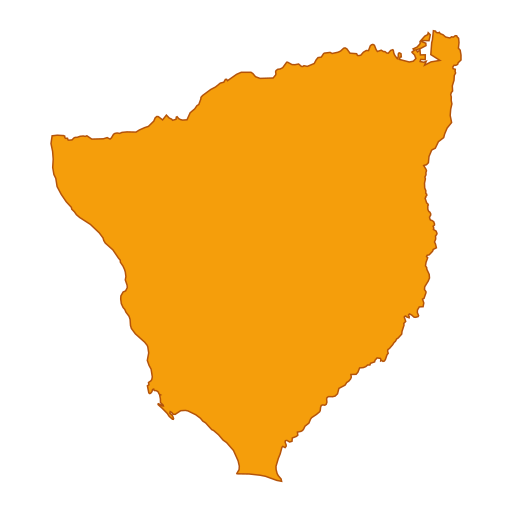 Ampanihy Ouest, Atsimo-Andrefana, Madagascar
{"feature_id": "10022922B9355726550011", "entity_name": "Ampanihy Ouest", "entity_type": "district", "adm_level": 2, "iso_a3": "MDG", "parent_name": "Madagascar", "parent_adm1": "Atsimo-Andrefana", "projection": "natural_earth1", "projection_center": [44.601, -24.59], "detail": "fine", "context": "isolated", "style": "filled", "palette": "amber", "viewbox_px": 512, "rotation_deg": 0, "n_neighbors": 0, "source": "geoboundaries", "source_scale": "gbopen_adm2", "svg_char_len": 5942}
<svg xmlns="http://www.w3.org/2000/svg" viewBox="0 0 512 512"><path d="M144.7,127.6L139.3,130.0L136.0,132.1L127.0,131.9L121.9,132.4L119.8,133.4L117.1,133.0L114.9,133.4L113.5,134.3L111.4,137.9L110.0,139.1L107.2,137.6L103.3,138.8L91.8,139.1L86.9,135.8L85.2,136.4L83.3,136.0L80.1,136.3L77.3,137.3L75.2,137.4L74.1,137.8L72.0,139.9L68.6,140.2L68.0,139.9L67.5,138.3L65.4,138.3L64.7,137.3L64.8,136.2L63.7,135.6L57.3,135.2L52.1,135.8L51.0,143.6L52.6,151.4L53.2,159.3L52.7,167.4L53.9,174.5L55.8,178.4L57.1,186.6L61.2,194.3L66.2,201.7L71.4,207.4L71.7,209.1L74.5,211.9L76.4,214.7L79.7,217.5L90.4,224.4L99.3,232.9L103.0,237.9L103.8,240.6L105.3,243.1L112.9,249.9L118.6,258.3L120.2,260.1L120.4,262.3L123.0,266.1L124.5,269.4L125.3,272.0L125.9,276.5L125.3,279.9L127.1,285.2L127.3,287.6L125.6,290.9L123.1,292.0L120.9,295.9L120.7,299.0L121.3,303.6L123.1,307.5L124.8,309.5L125.9,312.1L129.1,316.4L130.1,319.5L130.5,325.5L131.4,328.5L135.4,333.9L144.7,342.2L147.2,345.4L147.8,346.9L148.7,352.9L147.3,360.4L149.0,365.3L151.1,369.2L152.3,376.8L151.8,379.5L150.8,380.9L148.5,382.5L148.9,384.8L147.4,385.8L148.8,392.9L149.8,393.6L150.8,393.1L151.9,391.7L152.6,389.5L153.7,389.1L154.0,390.2L154.6,390.6L156.2,390.6L158.0,391.7L159.2,394.1L160.6,394.9L159.7,395.3L160.4,398.9L160.5,402.5L163.2,405.2L163.4,406.0L162.4,405.9L158.6,403.7L158.1,403.9L158.1,404.6L162.1,408.2L167.3,413.5L169.2,416.4L172.4,419.2L173.3,419.3L173.6,418.6L172.5,415.7L169.8,413.2L170.2,411.6L171.8,412.5L173.2,414.2L175.1,414.4L180.7,410.7L185.4,410.4L187.9,410.9L195.7,414.7L200.4,418.2L202.8,421.1L205.6,422.9L211.7,429.6L213.6,430.5L218.6,434.8L223.0,440.0L226.6,442.6L233.5,450.5L238.1,460.8L239.3,466.1L239.1,469.6L236.8,473.5L237.0,473.8L249.2,474.0L260.0,475.2L265.5,476.3L276.8,480.4L281.6,481.3L281.1,479.0L278.3,475.7L277.1,473.5L276.1,469.5L276.0,466.3L278.3,458.5L280.2,453.8L281.9,447.4L282.8,446.4L285.1,447.6L286.1,446.3L286.2,445.1L285.1,442.1L285.4,440.7L286.9,440.4L289.6,442.0L292.0,441.3L292.3,438.0L296.4,436.4L297.8,435.2L297.4,432.1L300.9,431.4L302.5,430.5L303.5,429.3L305.0,426.2L308.9,423.1L310.6,419.0L311.7,417.6L316.5,414.4L319.6,411.8L320.2,410.6L320.6,407.3L321.3,405.4L322.8,404.9L324.8,405.2L326.2,404.3L326.9,402.2L326.6,399.0L327.0,397.6L328.5,396.6L332.6,396.7L335.1,396.1L337.5,393.8L338.9,388.4L345.1,385.1L346.7,382.5L348.8,381.1L350.6,378.9L351.3,377.1L350.9,374.5L356.1,374.3L357.9,372.2L359.6,367.9L363.3,367.6L365.8,366.6L367.6,365.0L369.9,365.0L370.5,363.3L374.6,361.9L375.0,360.3L377.1,357.9L380.4,358.4L380.8,359.3L380.7,360.9L381.6,360.5L383.0,361.4L384.4,361.0L385.4,359.5L387.0,354.8L388.2,353.3L387.6,351.1L387.9,349.6L389.5,348.4L392.7,344.7L394.0,342.6L395.5,341.2L396.6,339.0L398.2,338.0L401.7,334.1L402.0,331.4L404.0,325.2L403.8,323.4L405.7,321.4L404.3,317.2L404.5,316.5L405.7,316.0L406.8,317.0L409.1,317.8L409.3,316.8L408.5,314.9L409.5,313.9L411.6,315.0L414.1,317.2L415.8,317.3L418.1,316.6L418.6,315.7L417.3,312.4L417.5,309.9L419.3,306.9L423.1,306.7L423.8,303.0L422.5,299.1L424.0,298.4L426.0,292.7L425.9,291.5L424.5,289.6L424.7,286.8L428.2,281.1L429.5,278.0L429.2,274.4L426.8,269.2L426.7,267.6L425.5,265.9L426.0,262.4L427.7,257.7L426.5,256.6L427.1,255.3L429.2,254.8L431.9,252.0L432.9,250.7L433.1,249.5L436.4,247.8L435.5,244.0L434.5,242.0L435.7,239.0L435.5,236.0L436.7,234.5L437.0,233.4L436.1,231.1L433.4,229.4L433.8,228.1L433.1,226.2L434.5,225.0L434.5,223.9L433.7,221.7L431.8,220.4L430.5,220.1L429.8,218.7L429.5,217.1L430.7,215.1L430.7,213.8L429.8,212.1L428.8,211.5L427.8,209.3L427.8,205.7L428.3,205.0L427.7,203.7L426.7,203.0L425.1,198.2L425.8,197.4L425.7,196.5L426.8,195.5L426.7,194.2L425.8,193.5L425.8,190.6L424.7,188.0L424.5,183.2L425.4,178.9L424.9,177.0L426.0,174.8L425.9,172.5L426.5,170.8L426.0,169.3L423.7,165.5L426.5,164.7L428.4,162.7L429.0,156.5L431.5,150.5L432.1,149.8L435.3,148.2L438.4,141.7L443.7,137.6L444.6,134.1L447.1,128.1L451.6,122.5L450.2,115.5L450.7,109.1L451.9,103.9L451.2,100.4L451.3,96.9L450.7,94.7L451.3,92.6L452.6,91.0L452.3,85.9L454.0,80.3L454.3,75.4L455.6,73.0L455.1,71.3L455.3,69.3L453.1,68.7L452.8,67.0L454.0,65.3L455.8,65.3L457.6,64.4L458.2,62.7L461.0,60.0L461.0,55.1L460.2,50.2L458.4,48.2L459.0,42.6L458.6,38.3L457.2,36.9L456.7,35.8L455.2,35.7L453.4,37.1L451.6,36.8L449.8,38.0L445.6,37.0L443.1,34.8L440.2,33.6L439.3,32.3L438.5,32.8L437.0,32.7L435.7,31.8L435.5,31.1L433.4,30.7L432.4,40.0L431.7,42.7L430.8,54.6L439.9,60.4L431.0,61.9L424.6,65.2L426.2,61.3L423.9,62.3L420.1,61.5L420.7,59.4L425.2,59.6L425.3,54.8L420.4,54.9L420.0,50.0L417.5,51.9L416.1,49.8L420.7,48.4L426.0,45.6L425.8,43.2L421.7,41.6L421.4,41.0L421.9,40.5L429.0,40.7L430.3,34.8L428.2,32.7L427.7,34.6L424.8,36.1L420.0,41.5L420.2,43.2L419.7,44.2L417.0,47.1L413.1,48.9L414.4,50.3L412.1,51.8L412.0,52.4L414.5,54.9L415.9,58.5L413.3,61.2L409.3,62.0L399.3,59.4L400.3,57.0L401.3,56.9L401.0,53.7L399.6,52.9L399.0,52.9L398.3,53.9L398.2,56.7L397.5,58.7L397.2,58.6L394.8,55.4L393.8,53.1L393.3,50.3L392.8,49.7L390.7,50.4L388.3,53.2L386.7,53.0L385.0,51.6L383.3,51.5L381.2,50.2L377.4,51.5L376.1,49.6L374.4,45.2L372.9,44.4L371.5,44.8L370.3,45.8L368.5,50.6L366.3,50.5L363.4,52.2L360.8,55.2L358.9,55.6L357.5,55.5L356.6,53.7L350.0,53.2L346.8,48.8L345.1,47.9L343.7,48.2L340.5,51.1L338.1,52.2L332.1,53.5L330.1,52.4L324.5,53.1L323.6,53.6L321.3,57.1L318.0,57.6L316.2,59.8L314.2,63.5L307.3,66.4L303.9,65.7L302.9,66.5L301.4,66.4L298.6,64.0L295.0,64.7L292.0,64.6L287.6,62.2L286.7,62.2L282.7,67.7L280.1,69.0L277.7,69.3L276.0,70.6L275.6,71.9L275.9,73.7L275.7,74.9L273.1,78.0L260.0,78.4L255.5,76.7L252.8,73.5L251.0,72.3L241.2,72.3L236.6,74.3L227.5,80.7L226.6,79.3L225.4,79.4L223.8,82.2L220.3,83.1L215.5,87.0L210.7,89.5L202.6,95.5L201.0,97.3L200.8,99.1L198.8,104.5L196.9,105.7L194.7,108.9L190.2,112.7L187.0,119.8L182.6,120.1L180.3,119.5L178.7,118.6L177.1,116.7L176.3,117.1L176.0,119.3L172.6,120.3L171.6,119.1L169.3,118.1L166.4,115.1L162.6,119.9L158.3,116.6L156.8,116.5L155.2,117.8L153.8,121.1L148.4,126.4L144.7,127.6Z" fill="#f59e0b" stroke="#b45309" stroke-width="1.5"/></svg>